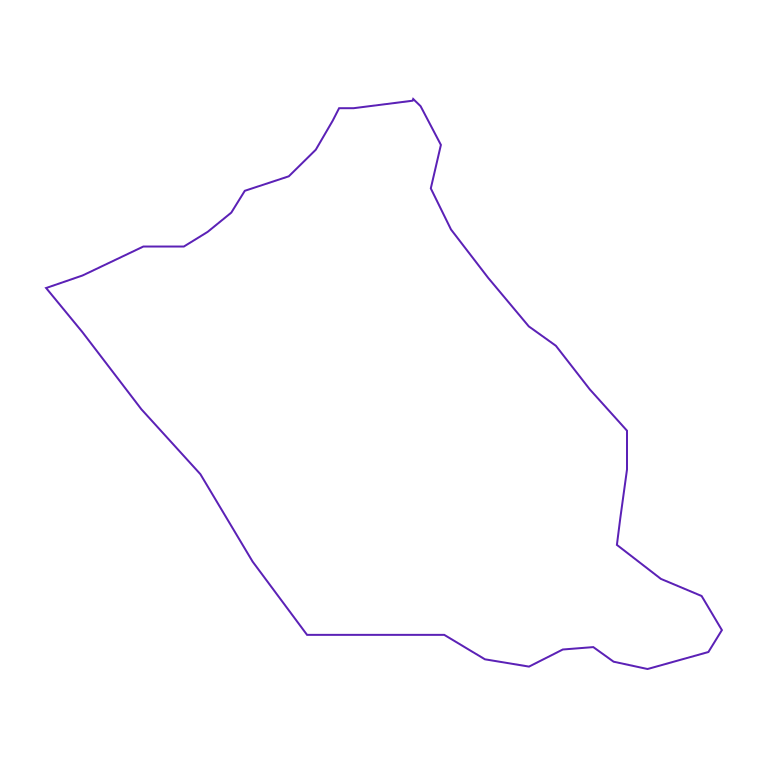 outline of Helsingborg, Skåne, Sweden
{"feature_id": "70781695B77389935020700", "entity_name": "Helsingborg", "entity_type": "district", "adm_level": 2, "iso_a3": "SWE", "parent_name": "Sweden", "parent_adm1": "Skåne", "projection": "natural_earth1", "projection_center": [12.824, 56.101], "detail": "fine", "context": "isolated", "style": "outline", "palette": "violet", "viewbox_px": 768, "rotation_deg": 0, "n_neighbors": 0, "source": "geoboundaries", "source_scale": "gbopen_adm2", "svg_char_len": 698}
<svg xmlns="http://www.w3.org/2000/svg" viewBox="0 0 768 768"><path d="M46.1,288.0L82.3,332.0L141.4,409.3L200.4,474.2L252.6,561.6L304.7,631.7L307.1,634.9L444.3,634.9L484.9,659.3L529.0,666.6L562.8,649.5L593.3,647.1L613.6,661.7L647.5,669.0L649.8,668.4L708.4,652.0L721.9,630.1L704.3,600.5L701.6,596.0L660.9,578.9L616.9,544.9L620.3,518.1L627.0,469.5L627.0,430.7L589.8,389.4L555.9,345.8L540.7,334.9L528.8,326.4L488.2,277.9L478.9,265.8L451.0,229.5L430.8,188.4L440.9,144.9L420.6,106.2L413.2,99.0L412.6,100.7L353.6,108.2L339.1,108.2L332.7,120.7L315.8,149.7L288.8,176.3L244.8,190.8L231.3,212.6L207.6,231.9L183.9,246.5L143.4,246.5L82.5,275.5L46.1,288.0Z" fill="none" stroke="#5b21b6" stroke-width="2"/></svg>